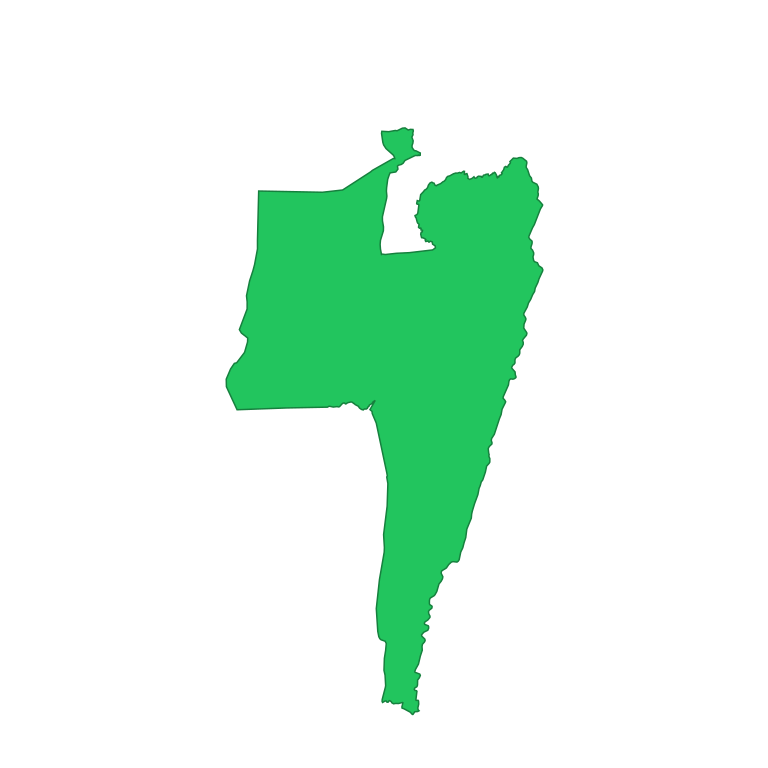 Kibwezi East, Eastern, Kenya (Equal Earth projection), rotated 34°
{"feature_id": "3690345B7491344905793", "entity_name": "Kibwezi East", "entity_type": "district", "adm_level": 2, "iso_a3": "KEN", "parent_name": "Kenya", "parent_adm1": "Eastern", "projection": "equal_earth", "projection_center": [38.226, -2.656], "detail": "fine", "context": "isolated", "style": "filled", "palette": "green", "viewbox_px": 768, "rotation_deg": 34, "n_neighbors": 0, "source": "geoboundaries", "source_scale": "gbopen_adm2", "svg_char_len": 6170}
<svg xmlns="http://www.w3.org/2000/svg" viewBox="0 0 768 768"><g transform="rotate(34 384 384)"><path d="M254.9,474.4L276.6,487.5L316.8,458.2L350.2,434.7L350.7,433.4L351.5,432.8L354.8,431.5L357.8,428.9L358.9,428.6L359.8,427.7L360.4,423.7L360.8,422.7L362.0,421.8L363.1,422.1L363.7,421.6L364.3,419.9L366.7,417.3L367.8,416.9L369.9,417.1L370.3,416.8L371.5,417.2L375.1,416.8L377.1,417.6L379.5,417.7L381.3,417.1L381.7,415.6L383.2,414.8L383.8,413.4L383.5,412.3L384.0,410.9L383.6,409.7L384.6,407.8L385.0,406.2L384.9,404.9L385.9,402.5L386.7,413.1L389.4,413.4L390.8,415.1L399.4,420.7L436.1,456.2L438.1,458.3L438.3,459.6L442.9,464.4L454.9,483.5L467.9,509.1L475.8,519.4L478.2,523.3L489.5,548.5L503.2,574.5L517.2,592.6L521.0,596.4L523.0,597.5L524.6,597.7L528.8,596.6L531.0,597.9L534.4,604.1L537.7,611.2L544.1,621.4L547.7,624.8L554.0,633.1L554.7,634.6L558.9,646.5L559.9,648.2L560.9,648.8L562.2,646.2L563.1,645.6L564.4,646.1L564.9,645.8L565.4,645.3L565.4,643.6L565.8,643.3L567.7,643.3L568.6,643.9L570.7,643.8L572.4,642.2L574.7,640.8L577.3,637.8L577.9,637.7L579.4,641.7L580.2,642.6L582.1,642.1L589.2,641.4L592.3,642.1L592.8,641.7L592.8,638.5L595.1,636.7L595.8,635.3L594.5,635.0L593.2,633.7L591.8,630.0L589.9,627.5L589.1,627.2L587.6,628.3L587.1,628.1L583.1,620.3L582.4,620.1L581.1,620.7L579.8,620.2L579.5,618.7L580.5,616.7L580.4,615.8L580.1,614.8L577.4,610.6L577.6,607.9L577.1,605.3L575.9,604.5L571.1,605.6L570.5,605.4L570.2,604.8L569.7,602.9L569.2,597.0L566.3,589.3L564.6,583.3L562.4,580.5L561.4,578.3L561.8,575.2L561.6,573.8L560.6,572.7L556.3,571.9L555.4,570.9L555.8,567.5L558.0,563.7L557.6,561.5L556.7,560.2L555.9,559.7L552.2,560.5L551.2,559.7L551.0,558.3L552.3,555.2L552.6,551.8L551.9,550.7L549.8,549.6L548.2,547.9L548.0,546.3L549.0,543.2L548.5,541.8L547.9,541.3L545.5,541.3L544.6,540.9L542.8,538.2L542.1,536.5L542.1,535.5L544.0,531.3L544.1,530.1L543.8,526.5L541.4,519.1L541.7,515.6L541.4,512.8L540.6,510.9L537.2,508.9L536.6,507.8L536.4,506.5L538.6,501.6L538.6,497.5L539.4,494.0L540.5,492.7L544.1,490.8L544.6,489.5L544.6,487.7L541.6,480.4L540.9,475.7L539.1,470.7L537.7,465.7L533.8,458.0L531.4,446.4L529.4,442.8L528.3,440.0L526.0,432.6L523.7,423.2L521.2,417.4L520.6,414.4L519.4,410.9L519.5,408.3L517.3,400.3L515.0,394.7L515.5,391.0L515.4,389.6L513.5,386.7L511.3,385.2L510.6,383.7L509.5,382.8L506.6,379.4L506.3,378.1L506.3,376.6L507.0,373.4L506.4,372.3L504.5,370.8L503.7,369.0L503.6,364.0L499.1,348.2L498.2,343.9L496.0,338.9L495.0,331.4L494.7,330.6L493.0,329.8L490.7,329.2L490.0,328.0L487.7,315.2L486.1,312.0L485.7,310.1L486.2,308.9L488.2,307.9L489.2,306.6L489.7,305.2L489.6,304.4L487.7,302.9L485.9,300.7L481.4,299.5L480.8,299.1L480.4,298.2L480.3,296.3L480.8,295.0L480.8,293.3L479.0,290.7L478.6,288.8L479.6,286.0L479.8,284.1L479.3,282.5L477.4,279.7L477.6,275.6L477.2,273.2L476.2,271.7L474.4,270.3L474.3,268.8L474.8,263.9L474.2,262.2L473.6,261.6L468.6,259.5L466.6,256.0L465.8,252.0L465.3,250.7L463.9,249.7L461.4,248.7L460.4,247.2L459.7,240.0L458.5,236.0L458.3,231.9L457.3,226.8L457.1,223.1L455.7,219.9L454.8,213.8L453.7,210.1L452.3,201.4L451.7,200.4L450.0,199.4L446.2,199.4L443.4,197.7L440.5,198.4L439.1,198.0L436.4,195.3L435.7,193.0L434.8,191.6L432.3,190.0L429.9,189.4L429.1,187.9L428.3,185.0L427.4,183.4L426.6,182.7L424.0,182.4L421.9,181.4L421.4,179.9L419.8,171.5L419.5,167.8L415.8,151.5L415.6,147.4L415.2,146.7L410.5,145.4L407.4,145.1L406.4,141.5L405.6,140.1L404.2,138.9L402.8,135.7L401.7,134.4L399.0,132.9L394.5,133.5L393.2,133.1L391.0,130.8L388.2,129.9L383.2,126.0L380.9,125.0L380.1,124.0L378.8,120.8L377.6,119.6L372.7,119.2L371.1,119.5L369.4,120.8L368.1,122.6L364.9,124.4L364.0,129.2L365.1,129.9L365.2,130.7L364.8,133.1L365.1,135.0L364.7,135.5L363.3,135.5L362.6,137.0L363.4,139.5L363.3,143.2L364.2,143.4L364.3,144.8L363.2,146.3L363.0,147.2L363.5,147.8L362.9,149.2L362.6,148.6L362.1,149.3L361.7,148.6L361.0,148.7L360.6,148.0L358.1,146.7L357.1,146.8L356.9,148.2L356.2,148.4L356.0,149.3L356.3,150.0L355.5,150.8L355.1,152.2L354.5,152.7L353.9,152.6L352.9,151.7L351.2,153.2L351.0,154.0L349.9,155.0L349.7,155.5L349.9,157.5L349.2,158.0L348.6,157.5L346.2,158.8L345.5,160.0L345.7,160.9L344.7,162.3L344.1,162.5L342.7,161.9L342.1,164.1L340.6,166.5L338.5,166.6L337.8,165.3L335.1,163.2L334.5,163.7L333.9,165.1L333.3,165.2L331.8,162.7L331.0,163.1L329.9,166.0L328.4,166.3L326.8,168.3L325.6,168.9L324.0,170.9L322.1,174.7L320.7,176.3L320.4,177.9L320.8,180.1L320.5,182.2L319.8,183.3L318.9,186.2L316.7,189.6L316.6,190.3L315.3,190.7L313.1,189.5L311.9,190.0L311.4,189.8L310.6,190.1L309.7,191.7L309.6,194.4L310.1,195.9L310.3,197.6L310.0,199.1L309.2,200.6L309.2,202.2L308.5,206.5L311.0,211.9L310.8,212.6L310.4,212.9L309.0,213.3L310.1,216.0L310.8,216.4L312.2,215.8L312.8,216.1L316.4,223.3L316.6,224.3L316.5,225.3L315.5,227.0L316.5,227.9L317.7,228.3L321.0,231.2L322.1,231.8L323.8,232.0L324.9,234.7L325.4,234.9L326.5,234.9L327.0,234.3L327.6,234.2L328.5,235.6L330.0,235.1L330.5,236.3L330.5,236.9L330.0,237.2L330.1,237.9L330.7,239.3L333.1,241.5L333.8,241.6L334.4,241.0L337.2,240.7L337.8,240.8L337.7,241.5L338.1,242.1L339.0,242.5L340.5,240.9L341.7,241.3L342.1,241.1L342.6,239.7L344.4,239.2L346.1,240.9L349.2,240.9L350.5,242.4L349.3,245.7L331.5,261.0L321.2,268.7L312.7,275.9L309.9,277.3L309.5,278.0L305.6,274.1L302.7,270.4L300.7,266.8L297.8,257.3L295.7,254.0L291.5,249.6L289.2,246.3L282.3,228.5L281.3,226.6L278.1,222.7L276.4,219.8L272.6,212.2L271.3,207.4L271.0,205.6L275.2,201.6L275.4,198.1L273.3,195.8L273.6,194.6L275.6,192.3L276.4,190.3L276.4,186.9L282.1,177.1L284.3,175.7L284.4,175.0L285.3,175.0L286.1,174.1L284.9,172.2L280.2,172.8L278.9,173.4L277.6,173.3L274.9,172.1L273.8,170.4L273.3,168.3L272.2,166.1L269.0,163.7L268.7,161.2L267.5,159.8L266.8,157.8L265.7,156.8L263.4,158.2L262.1,159.9L258.3,159.9L256.2,161.6L253.2,166.8L251.6,167.5L246.8,172.2L240.9,175.7L241.8,177.6L247.9,184.3L250.0,186.0L254.0,187.7L263.5,189.0L265.2,189.7L266.9,191.1L265.6,191.9L254.9,213.4L254.3,215.6L241.2,246.3L225.7,259.5L172.2,294.1L198.8,335.7L203.6,342.8L209.9,357.3L212.0,363.4L214.9,373.6L220.7,387.8L224.6,392.4L228.6,398.4L233.7,419.8L237.3,421.5L245.3,422.1L247.4,425.5L250.6,435.4L250.7,436.4L250.0,448.8L248.4,450.6L248.4,457.3L250.5,468.2L254.9,474.4Z" fill="#22c55e" stroke="#15803d" stroke-width="1.5"/></g></svg>